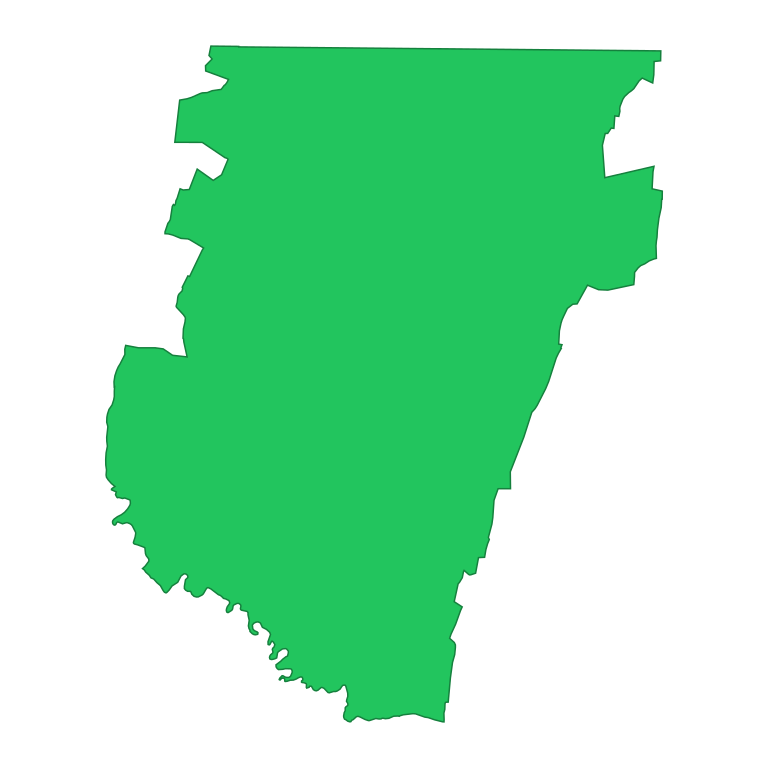 Polonuevo, Atlántico, Colombia (orthographic projection)
{"feature_id": "7082276B89878493029367", "entity_name": "Polonuevo", "entity_type": "district", "adm_level": 2, "iso_a3": "COL", "parent_name": "Colombia", "parent_adm1": "Atlántico", "projection": "orthographic", "projection_center": [-74.861, 10.76], "detail": "fine", "context": "isolated", "style": "filled", "palette": "green", "viewbox_px": 768, "rotation_deg": 0, "n_neighbors": 0, "source": "geoboundaries", "source_scale": "gbopen_adm2", "svg_char_len": 6102}
<svg xmlns="http://www.w3.org/2000/svg" viewBox="0 0 768 768"><path d="M233.9,604.9L237.0,603.4L238.5,603.4L239.4,603.7L240.7,605.0L240.9,606.2L240.4,608.7L240.7,609.6L241.6,610.2L247.0,611.4L248.0,612.5L248.0,614.8L249.2,620.3L248.4,625.9L249.0,628.6L249.9,630.1L250.0,631.5L252.4,633.8L254.0,634.6L255.6,634.8L257.7,634.3L258.0,632.8L257.3,632.0L254.3,630.6L252.8,628.8L252.4,625.3L252.5,624.8L253.9,623.2L255.9,622.2L257.1,622.0L258.2,621.9L260.4,623.0L262.4,627.3L266.5,629.4L269.7,632.3L270.5,634.5L268.0,641.7L268.1,644.5L269.2,644.9L269.9,644.5L271.5,641.5L272.0,641.1L273.3,642.0L274.8,644.5L274.1,646.9L272.7,648.3L272.3,649.5L273.0,652.2L272.5,653.2L270.7,654.7L269.9,655.9L269.5,657.3L269.8,658.9L271.2,659.5L272.5,659.4L274.9,658.8L276.7,657.9L277.6,652.6L278.5,651.6L282.5,648.9L285.6,648.6L286.6,649.0L288.3,651.0L288.3,653.0L287.5,656.1L286.0,656.7L282.6,659.3L280.8,661.2L276.0,664.8L276.1,666.9L277.2,668.6L278.5,669.6L282.8,669.3L285.3,668.7L290.5,668.8L291.3,669.2L292.1,670.5L292.2,672.3L290.6,676.2L289.6,677.0L288.9,677.4L286.6,677.4L285.0,677.0L283.1,675.8L282.1,675.7L279.7,678.2L279.2,679.6L279.6,679.9L280.1,680.0L281.6,678.4L282.7,678.1L283.8,678.2L284.6,678.9L284.8,681.2L285.2,681.5L287.0,681.3L290.4,680.2L293.3,680.1L296.1,679.1L298.5,677.7L300.6,676.9L301.5,677.0L302.2,677.3L302.8,678.7L302.8,680.0L301.6,680.9L301.5,682.1L302.0,682.5L304.3,682.8L306.2,683.7L306.5,684.6L306.3,687.3L306.7,688.1L309.1,687.3L309.6,686.3L311.0,686.1L311.7,686.7L313.3,689.6L315.0,690.6L316.4,690.8L318.0,690.2L320.9,687.7L321.9,687.4L324.0,688.3L328.0,692.5L329.3,692.8L333.5,691.5L335.7,691.5L337.2,691.0L340.0,689.2L342.0,686.2L342.9,685.3L344.1,685.1L345.1,685.2L345.8,686.1L347.7,693.1L347.8,696.4L346.7,699.9L346.5,701.4L347.7,703.2L347.9,704.4L347.7,705.5L345.9,706.8L345.2,707.8L345.2,710.6L344.2,712.7L343.6,716.0L343.8,717.4L344.5,719.1L345.8,719.7L347.8,721.2L349.7,721.8L350.8,721.7L351.8,720.2L353.2,719.6L356.4,716.7L358.0,716.3L360.1,717.0L364.9,719.4L368.4,720.6L369.4,720.6L375.8,718.5L379.0,719.0L381.1,718.9L381.8,718.4L382.9,718.2L385.4,718.7L388.9,718.3L393.7,716.2L398.1,716.0L399.3,716.3L399.9,715.8L403.2,714.8L412.6,713.7L415.4,713.8L424.8,717.1L428.2,717.6L434.6,719.8L442.5,721.8L444.0,721.9L444.1,719.6L443.9,713.0L444.8,709.4L445.0,703.6L445.4,702.6L446.0,702.2L448.2,702.1L450.4,677.9L452.5,662.5L454.7,654.6L455.4,647.5L455.4,644.9L454.3,642.5L449.6,638.3L451.0,634.2L455.6,624.2L460.5,610.6L462.2,606.9L454.2,601.7L458.1,583.9L459.5,582.3L462.3,577.7L463.5,571.6L464.1,570.4L468.6,574.4L469.6,574.9L470.8,574.8L475.6,573.2L478.5,557.6L484.6,557.3L485.9,549.6L487.6,543.7L489.3,539.5L488.4,537.7L488.5,536.9L491.9,524.1L492.8,517.6L494.0,500.3L498.1,488.7L510.5,488.7L510.3,471.8L523.8,437.2L531.8,412.3L535.1,408.6L537.2,405.3L545.7,388.6L548.7,381.4L556.2,358.0L558.6,353.0L561.3,348.4L560.8,348.0L562.0,344.7L558.7,344.1L559.4,330.8L561.0,323.2L562.1,319.7L563.8,315.9L567.4,308.4L572.8,304.2L577.1,303.9L587.5,285.2L598.6,289.7L607.9,290.1L633.8,284.6L634.5,276.5L634.6,272.4L638.1,267.9L640.7,265.6L644.8,263.8L649.2,260.9L653.9,259.0L656.4,258.4L656.0,245.7L656.4,241.0L657.0,237.3L657.4,229.9L658.9,218.2L661.2,207.6L661.7,199.2L662.2,199.2L662.3,191.1L652.1,188.8L653.0,171.7L654.0,166.3L604.8,177.7L602.4,145.3L605.2,133.5L607.7,133.4L611.2,128.1L613.9,128.4L614.8,115.9L618.8,116.4L619.9,111.3L619.7,108.4L620.1,106.2L622.8,99.3L624.6,96.5L628.8,92.6L631.4,90.8L633.8,88.7L639.1,80.9L642.2,78.1L652.7,83.0L653.8,74.8L654.1,61.5L660.6,60.8L660.8,50.9L238.7,46.9L238.7,46.4L210.9,46.1L209.0,55.5L212.1,59.0L205.5,65.7L205.7,71.0L228.5,79.4L227.0,82.4L225.3,84.7L224.2,85.4L221.2,89.4L212.2,90.7L207.3,92.6L202.2,92.9L200.3,93.5L191.5,97.4L187.0,98.8L179.7,100.1L174.8,142.3L202.3,142.4L225.0,157.7L226.8,158.2L228.1,159.2L221.6,174.8L213.2,180.4L197.2,169.1L189.3,189.5L183.2,190.0L180.1,188.8L177.1,198.4L176.0,200.5L175.4,204.0L174.6,205.4L173.4,204.5L172.3,206.4L170.3,219.6L169.3,221.5L167.9,223.3L165.0,231.9L165.0,233.7L168.3,233.9L172.6,235.0L181.0,238.4L187.9,238.9L189.8,239.7L203.6,248.0L202.3,250.0L189.6,276.5L187.9,275.9L182.2,287.3L182.7,288.1L182.1,290.9L179.2,293.8L178.3,295.3L177.8,297.1L177.2,302.4L176.2,305.8L176.2,306.7L177.0,307.8L183.4,314.7L185.0,317.0L185.4,318.1L185.0,322.0L183.4,328.8L183.0,338.3L183.5,338.8L183.9,342.2L187.1,356.9L172.6,355.3L163.2,348.9L155.1,347.8L138.5,347.8L125.7,345.4L124.8,349.2L124.9,354.5L120.1,363.9L118.3,366.8L116.6,370.6L114.9,375.8L114.0,381.7L114.2,387.0L114.6,386.8L114.3,390.9L114.3,396.6L113.7,399.9L112.1,404.9L109.0,409.4L107.5,414.0L106.9,417.2L106.7,422.2L107.8,426.3L107.8,427.3L106.7,437.3L106.8,441.2L107.4,446.2L106.1,452.9L105.7,459.6L105.8,465.0L106.5,469.9L106.1,475.0L106.5,477.3L108.3,480.0L111.4,483.5L115.0,486.5L112.4,488.2L111.5,489.1L111.5,489.8L116.3,491.9L115.5,494.7L116.8,497.1L117.4,497.7L119.0,497.5L122.5,498.5L124.8,498.0L129.8,499.9L130.2,500.6L130.4,503.4L129.9,505.2L127.7,508.8L124.6,512.3L121.2,514.8L117.4,516.7L114.0,519.2L112.8,520.7L112.5,521.9L112.7,523.3L113.3,524.4L114.1,525.0L114.8,525.1L115.3,524.9L115.9,524.3L116.6,522.7L117.5,522.0L118.1,522.0L122.5,523.8L126.2,522.7L127.4,522.7L129.8,523.6L131.3,524.6L132.3,525.8L135.6,532.3L135.7,533.6L135.1,537.1L133.4,542.4L133.6,543.3L134.4,544.0L137.5,544.8L143.9,547.2L144.9,547.8L145.5,553.7L146.2,555.6L148.7,558.9L148.9,561.0L148.4,561.8L145.2,566.1L142.5,568.6L144.2,569.8L145.8,572.2L149.4,575.4L150.9,577.8L153.7,579.0L156.9,582.6L160.4,585.6L163.0,590.3L164.4,592.2L166.0,592.9L166.9,592.4L169.2,590.0L172.1,585.9L177.7,582.3L181.0,576.0L183.7,574.0L184.4,573.8L185.9,574.0L187.4,575.2L187.8,576.1L187.8,577.5L185.5,579.7L184.4,586.2L184.4,588.6L185.7,590.2L187.6,591.3L190.4,591.4L191.0,592.1L191.8,594.2L194.0,596.3L196.5,597.0L198.3,596.9L202.1,595.0L203.3,593.9L206.4,588.6L207.4,587.7L208.4,587.7L211.0,589.0L218.4,594.7L220.3,595.4L221.8,596.6L223.5,598.4L225.6,598.9L229.0,600.6L229.7,602.7L229.4,603.8L227.3,606.7L226.6,608.6L226.3,610.2L226.7,612.0L227.5,612.5L228.3,612.5L231.8,610.3L232.6,609.0L233.1,606.0L233.9,604.9Z" fill="#22c55e" stroke="#15803d" stroke-width="1.5"/></svg>